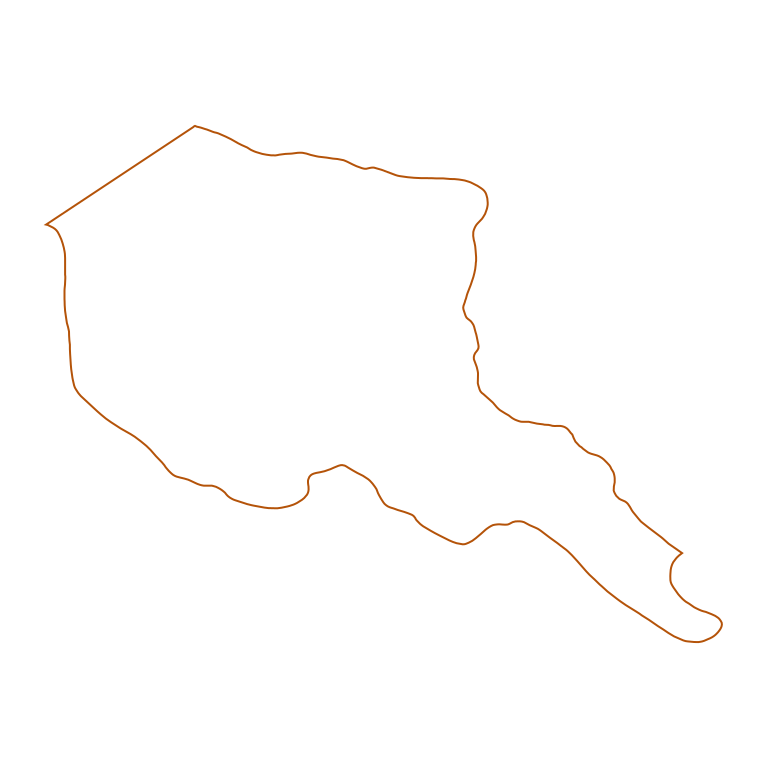 outline of Myette Gardens, Micoud, Saint Lucia
{"feature_id": "8701671B96600181049115", "entity_name": "Myette Gardens", "entity_type": "district", "adm_level": 2, "iso_a3": "LCA", "parent_name": "Saint Lucia", "parent_adm1": "Micoud", "projection": "albers", "projection_center": [-60.903, 13.818], "detail": "fine", "context": "isolated", "style": "outline", "palette": "amber", "viewbox_px": 768, "rotation_deg": 0, "n_neighbors": 0, "source": "geoboundaries", "source_scale": "gbopen_adm2", "svg_char_len": 6083}
<svg xmlns="http://www.w3.org/2000/svg" viewBox="0 0 768 768"><path d="M194.0,126.4L193.1,127.2L46.1,224.6L47.8,225.0L53.0,227.6L54.9,228.9L56.4,230.3L57.7,232.0L59.3,235.0L61.3,239.4L62.7,243.6L63.8,247.7L64.6,251.7L64.9,253.9L65.1,258.0L65.1,274.6L65.3,276.5L65.3,278.4L65.0,284.7L64.6,288.7L64.5,290.7L64.5,299.2L64.6,301.3L64.7,305.3L65.1,311.0L66.3,319.2L66.9,323.0L68.0,326.9L69.0,331.4L69.1,335.8L69.4,340.5L69.9,344.7L69.9,349.1L70.1,353.7L70.8,364.6L71.2,369.1L72.4,377.6L72.8,379.7L74.1,385.4L74.9,387.6L76.0,389.5L78.2,392.9L79.5,394.5L81.0,396.2L90.6,405.1L97.4,411.4L100.7,414.3L105.9,418.6L111.0,422.2L120.4,428.3L122.8,429.7L130.6,434.1L134.7,436.7L140.8,441.3L144.6,444.4L146.5,446.0L150.5,449.9L156.0,456.2L161.9,462.3L164.4,465.3L165.5,467.0L166.8,468.6L168.7,470.8L170.2,472.3L171.7,473.7L173.2,474.9L174.9,475.9L176.6,476.6L180.3,477.6L184.1,478.5L188.2,479.7L190.7,480.8L195.8,483.2L197.6,484.0L200.2,484.9L201.7,485.3L204.0,485.7L212.0,485.7L213.9,486.2L216.0,486.8L218.2,487.9L220.0,488.9L221.7,490.0L223.5,491.4L225.0,492.7L226.4,494.5L227.8,496.0L229.7,497.5L231.7,498.7L233.5,499.6L235.4,500.3L247.2,504.1L251.6,505.2L254.0,505.7L264.5,507.6L268.5,508.1L272.5,508.2L277.2,508.3L281.6,507.7L287.3,506.5L289.6,505.9L293.5,504.6L295.3,503.8L297.1,502.9L300.9,500.5L302.0,499.8L304.2,498.0L307.1,494.6L308.0,492.7L308.4,491.1L308.6,489.5L308.5,486.5L308.2,484.6L308.0,482.7L308.0,480.6L308.3,479.4L309.4,476.8L310.7,475.3L312.3,474.2L314.1,473.5L316.4,472.9L320.2,472.2L324.6,471.2L328.6,469.8L330.4,469.2L334.2,467.5L338.4,465.8L340.5,465.2L342.2,465.1L344.7,465.6L346.4,466.5L348.1,467.6L353.3,470.7L357.2,472.9L363.0,475.8L366.5,478.1L368.3,479.3L369.9,480.7L371.2,482.1L372.7,483.8L375.0,486.9L376.5,489.2L378.0,493.1L379.0,495.1L381.1,498.8L383.2,502.1L384.5,503.8L386.1,505.2L387.7,506.3L389.6,507.2L391.4,507.8L393.4,508.4L397.8,510.0L404.2,511.9L408.2,513.3L411.9,514.8L413.5,515.9L414.6,517.2L415.2,518.0L415.8,519.2L416.6,520.3L420.0,523.8L421.6,525.1L423.2,526.3L430.6,530.7L434.7,533.0L439.9,535.7L449.3,540.4L452.8,541.9L456.6,543.2L462.7,544.3L464.6,544.2L466.0,543.8L468.7,542.7L472.3,540.8L475.8,538.2L480.9,533.9L485.6,529.7L487.3,528.4L489.2,527.1L491.1,526.0L493.0,525.1L494.9,524.7L497.3,524.4L499.4,524.3L503.1,524.6L505.7,524.7L507.8,524.5L508.9,524.1L510.5,523.3L511.4,522.8L512.8,522.1L515.6,521.4L519.8,521.3L522.0,521.6L524.1,522.2L529.7,525.2L535.7,527.8L537.8,528.8L539.4,529.8L541.1,531.0L549.9,537.7L557.4,543.1L561.1,546.0L566.3,549.9L568.1,551.5L571.8,555.1L573.1,556.5L577.4,561.2L586.2,571.3L589.5,574.8L594.9,579.8L599.6,584.4L601.8,586.3L607.5,591.5L616.8,598.7L620.3,601.3L625.8,605.1L635.3,611.0L639.4,613.6L642.0,615.5L649.0,619.9L657.8,626.0L663.3,629.5L668.3,632.9L674.1,636.4L683.3,640.4L685.6,641.1L687.7,641.4L694.1,642.0L698.3,642.1L700.9,641.7L702.3,641.4L704.2,640.8L708.1,639.1L709.8,638.4L711.8,637.4L713.7,636.2L715.5,634.8L717.0,633.3L718.1,632.1L719.7,630.0L720.7,628.4L721.5,626.6L721.9,624.6L721.7,622.7L720.8,621.0L719.6,619.3L718.5,618.1L716.8,616.9L715.1,615.8L711.6,614.2L705.8,611.9L703.4,611.3L701.5,610.7L699.1,609.7L695.8,608.1L694.1,607.2L689.1,603.7L685.8,601.7L684.3,600.5L682.5,598.9L680.2,596.5L678.2,594.2L673.6,587.7L672.5,585.9L671.5,584.1L670.8,582.3L670.4,580.2L670.3,576.1L670.4,573.8L670.7,569.9L671.1,567.7L671.7,565.7L672.3,564.1L673.3,562.1L675.8,558.8L676.9,557.5L679.0,555.5L682.1,553.1L668.6,543.7L662.8,538.5L661.1,537.1L648.8,527.8L642.6,522.9L640.9,521.5L638.4,518.6L633.0,512.0L631.9,510.4L630.0,507.0L629.0,505.5L627.9,503.9L626.5,502.5L624.9,501.4L621.0,499.7L619.3,498.8L616.3,495.9L615.3,494.2L614.4,492.5L613.7,490.6L613.9,486.4L614.7,482.3L614.7,478.3L614.5,476.5L614.1,474.5L613.5,472.5L612.5,470.7L611.4,469.0L610.5,467.0L609.4,465.3L606.6,462.3L603.8,459.5L602.2,458.2L600.5,457.1L598.7,456.1L596.9,455.4L591.3,453.8L589.4,453.1L587.8,452.3L583.1,448.8L581.4,447.2L579.6,446.1L575.4,441.6L573.7,438.1L572.3,434.5L570.9,433.1L568.4,429.9L567.1,428.6L565.5,427.5L563.8,426.7L562.0,426.2L560.1,425.9L554.3,426.0L552.3,425.8L550.5,425.3L548.5,424.9L544.6,424.7L542.7,424.3L536.9,423.6L532.8,422.7L530.9,422.3L528.8,421.8L524.9,421.8L523.0,421.8L521.0,421.7L519.1,421.2L517.1,420.5L515.1,419.7L513.4,418.8L511.8,417.8L508.7,415.4L505.2,413.4L499.9,410.1L498.4,408.8L496.8,407.2L492.9,402.6L483.5,394.2L481.8,392.9L480.5,391.4L479.6,389.5L478.3,385.3L477.8,383.2L478.0,375.1L478.0,373.0L477.7,371.1L476.8,367.2L476.1,365.2L473.9,359.3L473.8,357.1L474.2,355.2L475.1,353.2L477.5,350.1L478.4,348.3L478.6,346.3L478.3,344.4L476.7,336.5L476.2,334.3L475.6,332.4L474.1,326.7L473.3,324.7L472.2,323.0L471.0,321.4L469.5,320.1L467.9,318.9L466.5,317.6L465.5,315.6L464.9,313.8L463.5,309.6L463.2,307.7L463.5,305.8L464.8,302.2L465.3,300.3L466.0,298.5L467.0,294.7L467.7,292.7L470.8,284.7L473.4,276.9L474.4,273.0L475.2,269.1L475.7,264.9L475.8,262.9L476.1,261.0L476.1,257.0L475.6,250.5L475.2,246.2L474.4,242.1L473.8,240.0L473.2,235.9L473.3,232.0L473.8,230.1L474.5,228.3L475.3,226.6L476.5,224.7L477.8,223.2L482.0,218.8L483.1,217.2L485.1,213.9L486.4,210.3L487.0,208.5L487.4,206.6L487.7,204.7L487.7,202.6L487.5,200.5L487.3,198.3L486.8,196.4L486.2,194.3L485.4,192.5L484.1,190.7L482.6,189.3L481.1,188.2L477.6,185.9L470.7,182.4L468.7,181.7L464.8,180.5L462.6,180.1L458.8,179.5L454.7,179.1L450.2,179.0L443.1,178.4L436.2,178.4L431.7,178.2L420.5,178.1L414.1,177.8L407.6,177.2L399.7,176.1L397.7,175.7L395.4,175.0L381.6,169.8L373.9,167.6L372.0,167.6L370.0,167.9L366.1,168.8L364.2,168.7L362.1,168.2L356.5,166.2L352.8,164.5L347.4,161.8L345.6,161.0L343.6,160.2L337.4,159.0L332.9,158.6L326.6,157.6L318.7,156.7L316.6,156.3L310.6,154.9L306.5,153.6L302.5,152.8L300.3,152.7L297.8,152.8L291.6,153.6L285.6,153.9L283.1,154.2L279.3,154.7L277.4,155.1L275.5,155.4L270.9,155.3L266.4,154.7L262.2,153.9L256.2,152.1L254.3,151.4L252.5,150.6L250.8,149.8L247.2,147.5L241.8,145.1L238.2,143.3L231.0,139.2L225.7,136.6L220.2,134.2L218.4,133.4L216.5,132.8L214.3,132.3L212.5,131.7L210.5,130.9L206.8,129.5L205.0,129.0L201.1,127.7L198.8,127.1L196.9,126.7L195.0,125.9L194.0,126.4Z" fill="none" stroke="#b45309" stroke-width="2"/></svg>